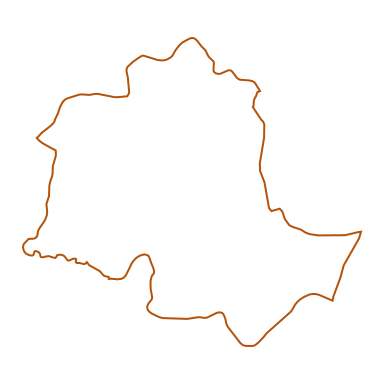 the border of Potaro-Siparuni
{"feature_id": "GUY-672", "entity_name": "Potaro-Siparuni", "entity_type": "Region", "adm_level": 1, "iso_a3": "GUY", "parent_name": "Guyana", "parent_adm1": "", "projection": "mercator", "projection_center": [-59.388, 4.854], "detail": "fine", "context": "isolated", "style": "outline", "palette": "amber", "viewbox_px": 384, "rotation_deg": 0, "n_neighbors": 0, "source": "natural_earth", "source_scale": "10m", "svg_char_len": 3301}
<svg xmlns="http://www.w3.org/2000/svg" viewBox="0 0 384 384"><path d="M32.5,255.5L30.9,255.5L28.8,255.0L25.9,253.6L23.9,250.9L23.0,247.6L23.6,244.2L28.4,239.1L30.0,238.8L33.6,238.7L35.2,238.2L36.9,236.5L37.5,234.9L37.7,233.0L38.1,231.0L39.1,228.8L44.2,221.4L45.7,218.4L46.8,215.3L47.2,211.9L46.4,204.1L49.0,196.1L49.4,185.3L50.7,180.0L52.0,176.7L52.6,173.4L52.8,166.4L55.9,155.5L55.7,150.4L50.7,147.8L42.7,143.3L39.0,140.5L36.7,137.9L38.2,136.7L41.7,132.8L50.2,126.2L52.7,123.9L54.2,122.1L55.0,119.6L58.2,112.7L59.9,107.3L62.0,103.2L63.6,100.9L65.4,99.4L67.3,98.4L79.0,94.7L80.3,94.5L81.5,94.4L89.4,94.9L95.1,93.9L97.9,93.9L114.2,97.1L117.0,97.2L127.3,96.3L129.2,92.8L127.9,77.9L126.5,71.2L126.6,69.2L127.1,67.5L128.1,66.3L133.2,61.6L140.8,56.4L141.9,55.9L142.6,55.7L143.7,55.7L157.1,59.8L159.9,60.3L162.5,60.4L163.7,60.3L165.4,60.0L167.3,59.3L170.4,57.6L172.0,56.2L173.0,54.7L175.4,50.4L178.7,46.1L180.7,44.0L182.5,42.4L189.1,38.8L190.5,38.3L192.3,38.0L193.6,38.2L195.0,38.8L196.3,39.9L197.5,41.1L201.3,46.2L204.8,49.6L205.6,50.7L208.2,55.9L209.1,57.2L210.3,58.4L212.7,60.6L213.6,61.7L213.9,63.0L213.5,69.9L213.6,71.1L214.4,72.3L215.8,73.3L218.2,73.9L219.9,73.8L221.5,73.3L228.0,70.4L229.8,70.3L231.3,70.7L232.1,71.5L236.8,77.7L238.1,78.7L239.4,79.5L240.8,79.8L248.8,80.4L250.7,80.7L252.1,81.1L253.4,81.7L254.5,82.5L255.5,83.7L260.0,91.1L257.4,92.2L256.1,95.9L254.5,98.8L253.9,100.6L253.7,102.6L253.7,104.3L253.6,105.7L252.8,107.0L261.2,119.7L263.2,121.7L264.3,124.6L264.1,137.5L259.8,163.5L260.1,171.0L264.5,182.4L269.0,208.0L271.5,211.1L279.7,208.7L282.3,211.5L284.9,219.1L289.2,225.1L291.8,226.5L292.6,226.9L300.3,229.4L302.2,230.4L303.4,231.3L306.0,232.8L309.7,234.1L318.1,235.4L345.1,235.2L358.3,232.1L361.0,231.7L359.0,238.5L343.7,265.4L340.5,277.3L333.3,296.8L332.6,300.7L324.3,297.1L318.9,294.8L316.1,294.1L314.6,294.0L313.2,294.0L310.3,294.3L308.8,294.8L304.3,296.8L300.6,299.1L298.0,301.2L295.3,304.4L291.7,310.5L290.7,311.8L266.7,333.2L263.3,337.4L258.4,342.5L255.6,344.8L254.4,345.4L253.6,345.8L251.6,346.0L245.6,345.9L243.1,345.2L241.8,344.3L240.2,342.9L228.0,327.1L226.9,325.1L226.3,323.3L225.3,318.7L223.6,314.6L223.1,313.8L222.2,313.0L220.8,312.5L219.8,312.4L218.6,312.4L217.5,312.7L216.2,313.1L208.1,317.1L206.9,317.6L205.5,317.9L204.3,317.9L200.5,317.3L198.0,317.2L187.4,318.9L163.1,318.1L160.5,317.5L157.8,316.5L151.9,313.6L150.5,312.7L149.2,311.5L147.8,309.9L147.3,308.2L147.2,306.5L148.1,304.2L149.1,302.6L151.3,300.0L152.0,298.5L152.1,296.8L150.7,289.2L150.5,281.5L151.2,278.0L152.1,275.5L153.2,274.2L154.0,273.0L154.0,270.7L153.2,267.8L150.7,261.7L149.9,258.8L148.4,255.7L144.5,254.3L140.7,255.4L139.3,256.0L137.9,256.8L136.5,257.8L135.0,259.1L133.1,261.4L132.0,262.9L126.2,274.7L125.4,275.9L124.3,277.1L122.9,278.1L121.1,278.9L117.5,279.3L110.9,278.7L108.8,279.0L108.9,277.3L108.2,276.7L106.1,276.5L104.1,275.8L102.5,274.3L101.1,272.6L99.7,271.1L89.2,265.2L86.8,262.1L85.4,263.7L83.8,264.1L80.0,263.1L79.1,263.0L77.2,263.0L76.4,262.8L75.7,261.6L76.2,259.3L75.4,258.7L73.1,258.7L69.6,260.4L68.0,260.5L67.0,259.6L64.4,256.2L62.8,255.2L61.0,254.8L59.0,254.7L57.2,255.2L56.4,256.7L55.4,257.9L53.2,257.6L48.9,256.1L45.4,256.6L42.6,257.4L40.7,256.9L39.8,253.6L38.8,252.3L36.9,251.3L34.9,251.2L34.0,252.7L33.6,254.7L32.5,255.5Z" fill="none" stroke="#b45309" stroke-width="2"/></svg>